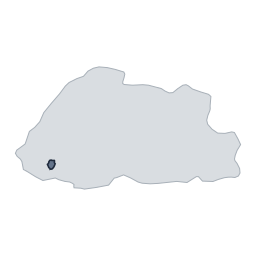 Denchhukha, Samchi, Bhutan shown in context
{"feature_id": "84629894B1832791956678", "entity_name": "Denchhukha", "entity_type": "district", "adm_level": 2, "iso_a3": "BTN", "parent_name": "Bhutan", "parent_adm1": "Samchi", "projection": "mercator", "projection_center": [89.277, 27.026], "detail": "fine", "context": "in_parent", "style": "filled", "palette": "slate", "viewbox_px": 256, "rotation_deg": 0, "n_neighbors": 0, "source": "geoboundaries", "source_scale": "gbopen_adm2", "svg_char_len": 2791}
<svg xmlns="http://www.w3.org/2000/svg" viewBox="0 0 256 256"><path d="M210.2,108.9L209.8,110.7L207.9,115.3L206.7,120.2L207.7,124.3L212.0,129.2L217.7,133.1L225.0,133.4L231.7,131.9L234.4,132.5L238.0,139.0L240.6,144.6L237.1,150.4L235.2,155.4L234.5,159.0L234.9,160.6L237.1,163.5L239.6,168.5L240.0,173.0L238.4,176.0L234.9,177.5L231.2,177.1L228.2,177.2L224.4,177.7L218.4,179.4L212.9,181.5L202.5,181.1L198.4,176.6L196.4,176.6L187.0,182.5L176.7,181.4L158.0,183.4L150.1,183.8L142.1,183.2L138.0,182.0L130.5,177.9L123.6,174.9L116.6,177.6L114.2,178.1L108.6,185.1L96.5,187.4L84.4,189.1L80.8,188.2L74.0,187.8L73.8,186.1L74.0,184.5L72.4,183.3L69.7,182.0L64.9,181.4L58.8,179.7L55.3,178.0L42.9,180.5L35.7,176.8L27.5,171.7L23.4,169.5L21.9,161.6L20.4,159.1L17.2,156.4L15.4,153.3L16.8,150.1L25.0,144.1L25.6,142.7L29.4,131.4L34.7,127.4L39.8,121.7L43.8,112.6L51.3,103.4L59.6,93.8L65.3,86.1L69.1,82.5L76.9,78.6L83.5,76.3L88.0,71.1L93.4,68.2L99.0,66.9L107.3,67.6L115.2,69.4L123.8,72.0L124.8,74.1L124.0,77.8L122.8,81.6L122.7,83.5L124.1,84.5L132.5,85.2L142.8,84.7L148.5,85.2L161.4,88.6L165.1,91.1L169.1,92.9L172.9,92.6L177.8,88.6L182.9,85.2L186.1,84.7L188.3,85.8L192.4,89.0L200.9,92.0L208.5,94.3L210.9,96.5L210.1,105.8L210.2,108.9Z" fill="#d9dde1" stroke="#a8b0b8" stroke-width="1"/><path d="M54.4,160.4L54.2,160.4L53.9,160.4L53.7,160.4L53.7,160.5L53.4,160.5L53.2,160.5L53.2,160.4L52.9,160.4L52.7,160.4L52.5,160.5L52.4,160.5L52.2,160.5L52.2,160.4L51.9,160.3L51.7,160.3L51.7,160.2L51.4,160.1L51.2,160.0L50.9,160.0L50.7,160.2L50.7,160.3L50.4,160.3L50.2,160.3L49.9,160.3L49.7,160.4L49.7,160.5L49.5,160.8L49.4,160.9L49.4,161.0L49.2,161.2L49.2,161.3L48.9,161.5L48.9,161.8L48.9,162.0L48.8,162.3L48.8,162.5L48.7,162.6L48.7,162.8L48.6,163.0L48.4,163.2L48.4,163.3L48.2,163.4L48.1,163.5L48.0,163.8L48.0,164.0L47.9,164.1L47.8,164.3L47.7,164.3L47.4,164.4L47.4,164.5L47.5,164.8L47.7,165.1L47.8,165.3L47.9,165.5L48.0,165.6L48.1,165.8L48.2,166.0L48.3,166.1L48.4,166.3L48.3,166.5L48.5,166.8L48.6,167.1L48.6,167.3L48.7,167.5L48.8,167.6L49.0,167.8L49.2,168.0L49.3,168.0L49.5,168.1L49.7,168.3L49.8,168.4L50.0,168.5L50.1,168.9L50.1,169.0L50.1,169.3L50.4,169.2L50.5,169.2L50.8,169.1L51.1,169.2L51.3,169.1L51.5,169.0L51.8,169.1L52.0,169.0L52.0,168.9L52.3,168.8L52.3,168.7L52.5,168.6L52.6,168.4L52.8,168.3L52.8,168.2L53.0,168.0L53.0,167.9L53.2,167.7L53.3,167.6L53.4,167.4L53.5,167.4L53.6,167.2L53.8,167.1L53.9,166.9L53.9,166.7L54.0,166.6L54.1,166.4L54.2,166.2L54.3,166.1L54.4,165.9L54.3,165.7L54.5,165.5L54.5,165.4L54.5,165.2L54.8,164.9L54.9,164.7L54.9,164.4L55.0,164.3L55.0,164.2L55.0,163.9L55.1,163.7L54.9,163.6L54.9,163.4L54.7,163.2L54.6,162.9L54.4,162.8L54.3,162.7L54.4,162.2L54.5,162.0L54.5,161.9L54.4,161.7L54.5,161.5L54.5,161.4L54.5,161.2L54.5,160.9L54.5,160.6L54.4,160.4Z" fill="#64748b" stroke="#1e293b" stroke-width="1.5"/></svg>